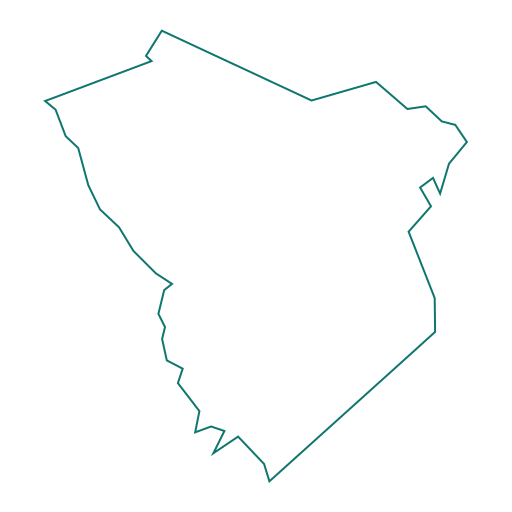 Greene, Georgia, United States of America
{"feature_id": "52423323B20574885687600", "entity_name": "Greene", "entity_type": "district", "adm_level": 2, "iso_a3": "USA", "parent_name": "United States of America", "parent_adm1": "Georgia", "projection": "robinson", "projection_center": [-83.176, 33.558], "detail": "fine", "context": "isolated", "style": "outline", "palette": "teal", "viewbox_px": 512, "rotation_deg": 0, "n_neighbors": 0, "source": "geoboundaries", "source_scale": "gbopen_adm2", "svg_char_len": 658}
<svg xmlns="http://www.w3.org/2000/svg" viewBox="0 0 512 512"><path d="M425.7,106.3L407.4,109.0L376.0,81.9L311.5,100.5L161.8,30.7L146.0,55.9L151.5,61.1L45.1,101.0L55.6,109.7L65.7,136.2L78.2,148.0L88.3,185.2L100.0,209.4L119.1,227.4L133.4,250.9L155.9,273.4L172.0,283.9L164.2,290.1L158.4,313.8L165.0,327.1L162.1,339.0L166.8,360.4L182.7,368.7L177.9,383.1L199.4,411.1L195.2,432.3L211.1,426.5L224.4,431.0L213.4,453.2L238.1,436.6L264.1,464.0L269.4,481.3L409.8,354.8L435.1,331.9L434.7,298.1L408.6,231.7L431.0,206.3L420.1,187.5L433.0,177.9L440.1,193.6L449.0,163.7L466.9,142.0L455.3,124.9L441.8,121.4L425.7,106.3Z" fill="none" stroke="#0f766e" stroke-width="2"/></svg>